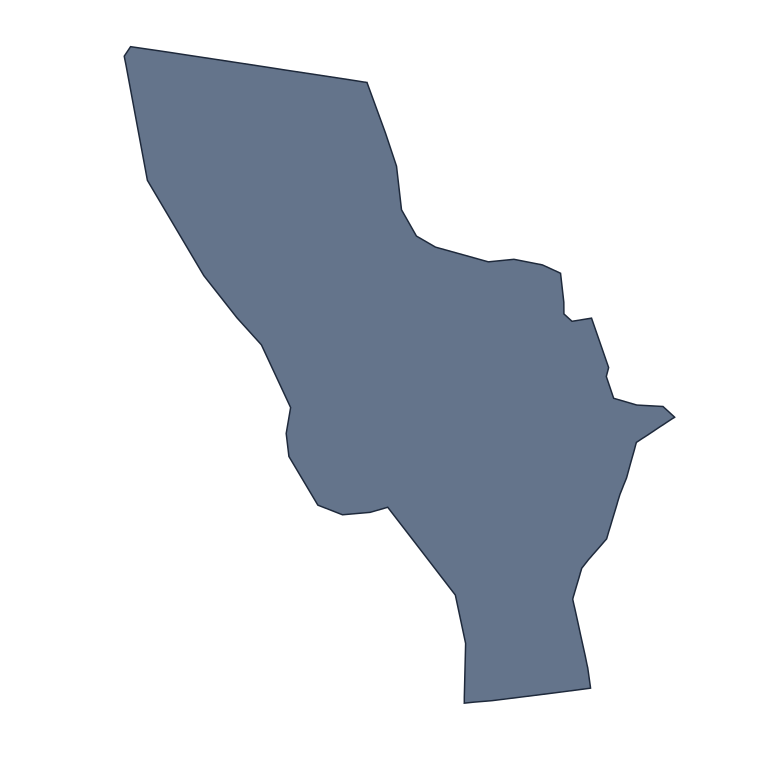 the district of Wasat Jabal Marrah, Central Darfur, Sudan, rotated 6°
{"feature_id": "16777658B31401746790002", "entity_name": "Wasat Jabal Marrah", "entity_type": "district", "adm_level": 2, "iso_a3": "SDN", "parent_name": "Sudan", "parent_adm1": "Central Darfur", "projection": "albers", "projection_center": [24.33, 13.123], "detail": "fine", "context": "isolated", "style": "filled", "palette": "slate", "viewbox_px": 768, "rotation_deg": 6, "n_neighbors": 0, "source": "geoboundaries", "source_scale": "gbopen_adm2", "svg_char_len": 1752}
<svg xmlns="http://www.w3.org/2000/svg" viewBox="0 0 768 768"><g transform="rotate(6 384 384)"><path d="M497.2,693.0L497.8,692.9L506.7,691.0L519.0,688.7L524.7,687.6L586.1,673.3L621.2,664.9L621.0,663.9L616.3,645.0L615.2,641.8L612.6,633.5L605.7,612.9L602.2,602.2L597.2,587.2L596.2,584.4L595.8,583.2L595.1,581.1L594.4,579.0L594.2,578.2L594.5,575.9L595.1,573.0L595.4,571.1L595.6,570.1L595.9,568.5L596.5,565.2L598.2,556.2L598.5,554.2L598.7,553.5L598.9,551.9L599.5,549.0L599.9,546.6L604.5,539.3L605.4,537.8L606.0,536.9L607.9,534.3L609.3,532.2L611.9,528.6L615.2,523.9L620.0,517.0L621.6,514.8L623.0,507.0L624.0,502.0L624.5,499.3L625.1,496.0L627.5,483.5L628.4,478.7L628.6,477.3L630.2,469.1L632.3,461.7L632.5,460.8L635.0,452.3L635.3,450.6L637.4,437.7L638.4,431.8L639.7,424.4L639.8,423.8L640.0,422.6L640.5,419.2L640.8,417.4L641.1,415.7L643.9,413.4L645.9,411.7L649.2,409.1L656.6,403.0L657.6,402.2L658.5,401.4L662.8,397.8L667.4,394.1L668.8,392.9L671.5,390.7L674.3,388.4L676.2,387.0L676.6,386.8L676.6,386.7L675.8,386.1L663.8,377.2L637.6,378.5L613.9,374.2L604.3,353.3L605.7,344.2L583.5,296.8L564.4,302.0L555.6,295.5L554.3,283.9L548.0,255.4L529.1,249.0L500.2,246.4L475.0,251.6L420.9,242.5L400.8,233.5L383.2,208.9L373.7,166.1L359.2,134.2L336.0,86.8L335.6,86.0L335.6,85.9L334.7,85.9L334.3,85.8L332.6,85.8L325.7,85.4L319.5,85.1L253.8,82.1L249.7,81.9L248.1,81.8L233.8,81.1L199.1,79.5L153.1,77.4L138.5,76.7L124.5,76.1L114.1,75.7L96.7,75.0L91.4,85.1L92.0,87.2L94.1,93.9L124.0,194.7L127.4,206.2L193.5,295.1L230.8,333.5L258.0,357.9L293.6,417.2L291.9,443.4L297.0,466.0L330.9,511.4L356.4,518.4L383.6,513.1L400.6,506.2L424.9,531.7L437.4,544.8L472.1,581.3L477.0,586.4L492.3,633.5L496.6,687.0L497.2,692.9L497.2,693.0Z" fill="#64748b" stroke="#1e293b" stroke-width="1.5"/></g></svg>